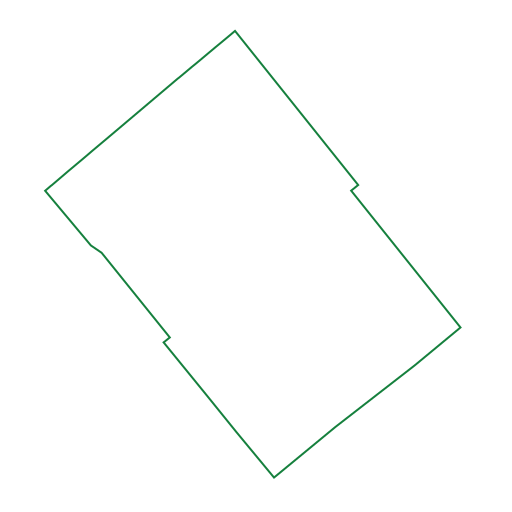 Howell, Missouri, United States of America (Robinson projection), rotated 140°
{"feature_id": "52423323B11820263063705", "entity_name": "Howell", "entity_type": "district", "adm_level": 2, "iso_a3": "USA", "parent_name": "United States of America", "parent_adm1": "Missouri", "projection": "robinson", "projection_center": [-91.877, 36.777], "detail": "fine", "context": "isolated", "style": "outline", "palette": "green", "viewbox_px": 512, "rotation_deg": 140, "n_neighbors": 0, "source": "geoboundaries", "source_scale": "gbopen_adm2", "svg_char_len": 569}
<svg xmlns="http://www.w3.org/2000/svg" viewBox="0 0 512 512"><g transform="rotate(140 256 256)"><path d="M145.3,69.8L141.1,244.9L132.1,244.7L127.4,441.9L127.5,441.9L139.6,441.9L152.6,442.0L162.4,442.0L163.2,442.0L178.1,442.0L183.4,442.1L200.3,442.1L202.0,442.2L268.3,441.9L269.2,441.9L301.6,441.8L303.8,441.8L305.2,441.8L313.4,441.8L323.7,441.7L345.5,441.7L367.2,441.5L368.0,441.6L375.6,441.5L375.7,370.2L372.2,357.7L374.4,249.0L382.3,249.2L383.3,181.6L384.2,133.6L384.6,74.7L305.1,74.0L204.9,70.2L145.3,69.8Z" fill="none" stroke="#15803d" stroke-width="2"/></g></svg>